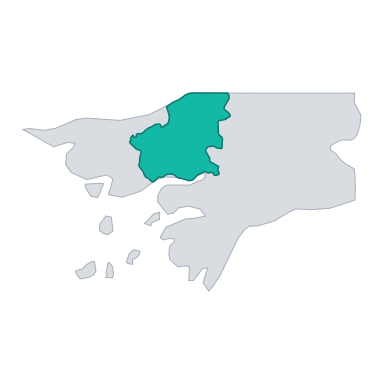 Guinea-Bissau, with Oio highlighted
{"feature_id": "GNB-772", "entity_name": "Oio", "entity_type": "Region", "adm_level": 1, "iso_a3": "GNB", "parent_name": "Guinea-Bissau", "parent_adm1": "", "projection": "orthographic", "projection_center": [-15.268, 12.289], "detail": "fine", "context": "in_parent", "style": "filled", "palette": "teal", "viewbox_px": 384, "rotation_deg": 0, "n_neighbors": 0, "source": "natural_earth", "source_scale": "10m", "svg_char_len": 4742}
<svg xmlns="http://www.w3.org/2000/svg" viewBox="0 0 384 384"><path d="M23.0,129.5L29.2,128.5L44.2,130.3L55.9,128.2L64.2,124.6L75.4,119.7L86.2,118.1L120.1,120.4L149.5,114.5L171.4,103.3L191.7,92.9L217.8,93.0L245.9,93.1L285.8,93.2L317.4,93.2L354.6,93.1L354.3,102.4L361.0,115.3L360.0,125.0L357.2,134.3L354.8,137.9L351.5,140.0L341.5,140.0L337.3,141.9L330.7,145.5L330.5,149.7L335.8,153.7L340.2,159.3L345.3,163.7L354.1,168.8L354.9,174.5L355.3,188.8L354.9,200.0L330.3,208.2L311.5,209.7L295.5,208.9L288.5,212.4L274.7,220.8L257.7,225.9L249.0,226.3L244.8,229.3L238.2,238.0L219.8,276.0L213.7,285.1L208.8,291.1L203.1,283.0L207.5,268.1L202.8,268.3L193.4,280.4L188.8,280.7L189.4,266.5L184.2,265.9L178.1,267.0L169.7,259.5L168.9,253.9L169.5,246.2L174.7,241.2L174.0,239.1L169.0,238.5L163.5,239.9L160.1,237.5L165.7,227.4L185.4,219.0L195.3,218.1L205.5,216.2L199.9,208.9L187.9,206.1L178.2,208.1L173.4,213.3L167.5,214.2L157.6,201.8L157.8,195.6L161.5,188.3L167.2,185.0L190.0,185.1L198.7,180.9L202.2,180.2L205.5,176.4L204.8,173.9L201.1,173.8L192.6,178.7L165.1,176.8L156.3,179.8L141.0,191.0L122.2,197.3L108.5,194.6L112.9,179.4L111.0,177.4L106.7,174.9L86.7,179.6L71.5,172.7L65.6,164.3L66.7,153.8L73.8,146.7L75.0,143.2L67.4,142.5L53.6,146.8L23.0,129.5ZM89.0,277.3L80.1,279.0L76.0,273.3L75.4,271.2L80.1,269.3L82.2,269.2L85.8,265.1L90.2,262.4L92.1,261.5L94.4,261.7L96.0,270.8L93.8,274.6L89.0,277.3ZM112.9,231.1L107.7,234.7L102.3,233.0L99.4,229.8L99.8,224.1L105.9,216.0L111.4,217.1L112.9,231.1ZM103.6,183.7L97.8,197.6L90.6,196.1L85.6,187.8L85.1,184.2L99.6,183.2L103.6,183.7ZM132.6,259.7L132.6,264.3L127.9,263.5L126.5,262.1L129.3,253.6L133.5,249.9L138.5,250.5L140.1,251.6L139.1,254.9L136.8,257.5L132.6,259.7ZM151.8,223.1L150.8,225.7L144.4,223.5L153.7,213.9L159.7,212.2L159.5,219.6L154.8,221.2L151.8,223.1ZM113.5,274.8L112.4,277.9L105.9,277.4L107.4,274.2L105.9,273.3L107.9,263.7L108.8,262.2L112.0,265.8L112.5,267.3L113.5,274.8Z" fill="#d9dde1" stroke="#a8b0b8" stroke-width="1"/><path d="M197.2,93.0L227.7,93.1L228.9,95.4L229.1,96.7L229.1,98.0L228.9,98.8L228.6,99.4L226.8,102.4L226.3,103.5L225.2,105.1L224.8,106.1L224.1,107.8L224.1,108.8L224.3,109.5L224.7,109.8L227.5,111.7L228.9,113.2L229.2,113.5L229.5,114.0L229.8,114.6L230.2,115.5L230.1,116.2L229.7,116.6L229.3,117.0L228.8,117.2L228.2,117.4L227.7,117.7L226.3,118.8L225.9,119.1L224.1,119.7L218.7,120.8L218.2,121.1L218.0,121.7L218.4,132.9L218.5,133.6L218.7,134.2L219.0,134.6L219.3,135.1L221.5,136.9L221.9,137.3L222.2,138.3L222.5,139.8L222.2,142.0L222.1,147.3L221.9,148.2L221.4,148.5L220.2,148.3L218.1,148.2L217.4,148.1L216.8,147.9L213.9,146.3L213.5,146.2L213.1,146.1L212.6,146.1L212.0,146.3L211.4,146.5L210.8,146.5L210.2,146.5L209.6,146.3L209.1,146.3L208.6,146.5L208.1,146.8L207.7,147.2L206.6,148.4L205.8,149.8L205.6,150.6L205.7,151.3L209.2,157.3L209.6,158.5L210.0,161.3L210.2,161.8L210.6,162.3L211.1,162.5L212.4,162.8L213.3,163.3L213.9,163.8L218.4,166.3L218.7,166.9L218.6,167.5L218.1,168.5L217.9,169.3L217.9,170.0L217.9,170.3L218.1,170.8L218.9,172.4L219.1,173.2L219.2,173.6L219.1,173.9L218.9,174.1L218.6,174.3L218.1,174.6L217.6,174.9L217.0,175.1L215.8,175.4L214.6,175.3L214.2,175.2L214.2,174.5L213.5,173.7L212.7,173.2L212.7,172.8L211.6,172.5L210.3,172.4L209.2,172.9L208.3,173.0L205.9,172.0L204.6,171.7L203.1,172.2L199.6,174.3L197.8,174.8L196.9,175.6L193.7,179.1L192.1,180.2L189.6,180.7L187.5,180.3L183.0,178.8L178.6,178.0L177.3,177.4L175.7,176.0L173.6,174.6L171.1,174.0L168.5,174.1L166.0,174.8L165.2,175.3L163.4,176.9L162.7,177.2L160.3,177.1L159.0,177.1L158.1,177.5L154.6,181.1L153.9,181.5L152.7,182.0L150.7,180.7L150.1,180.2L148.6,178.4L147.7,178.0L146.3,177.5L145.7,177.1L145.3,176.6L144.0,174.2L143.3,171.9L142.9,171.2L139.4,166.8L139.0,165.9L138.9,165.3L138.9,164.6L139.8,161.3L139.8,160.4L139.7,159.6L139.6,159.0L139.6,158.3L140.9,153.6L141.0,152.4L141.0,151.5L140.7,151.0L140.3,150.6L139.8,150.3L136.9,149.3L136.3,149.0L135.9,148.7L135.4,148.3L134.3,147.1L131.8,144.9L130.3,143.2L129.9,142.7L129.7,142.3L129.7,141.8L129.9,141.3L130.8,140.5L130.9,139.8L130.7,139.4L130.4,138.9L130.5,138.1L131.8,136.4L132.5,135.6L133.1,135.3L133.4,135.8L133.6,136.9L134.0,137.2L134.6,137.2L135.3,137.1L135.9,136.9L136.3,136.6L136.4,135.8L136.3,135.3L136.3,134.7L136.6,134.2L137.6,133.8L138.4,133.6L140.5,133.8L141.2,133.6L143.4,132.5L143.9,132.0L144.5,131.0L145.1,130.3L149.3,127.6L151.5,126.8L152.6,126.2L154.7,124.7L155.8,124.3L156.6,124.2L157.2,124.3L157.7,124.3L158.0,124.3L158.6,124.1L159.2,124.1L159.8,124.2L160.3,124.5L160.9,126.3L161.2,126.8L161.7,127.1L162.3,127.1L162.9,126.8L166.6,124.2L167.2,124.0L167.8,123.5L168.3,122.8L168.9,120.3L169.2,118.7L169.3,117.1L168.9,114.5L166.8,107.6L166.6,106.9L172.5,102.6L179.2,99.5L185.7,94.8L188.6,93.5L191.8,93.0L197.2,93.0Z" fill="#14b8a6" stroke="#0f766e" stroke-width="1.5"/></svg>